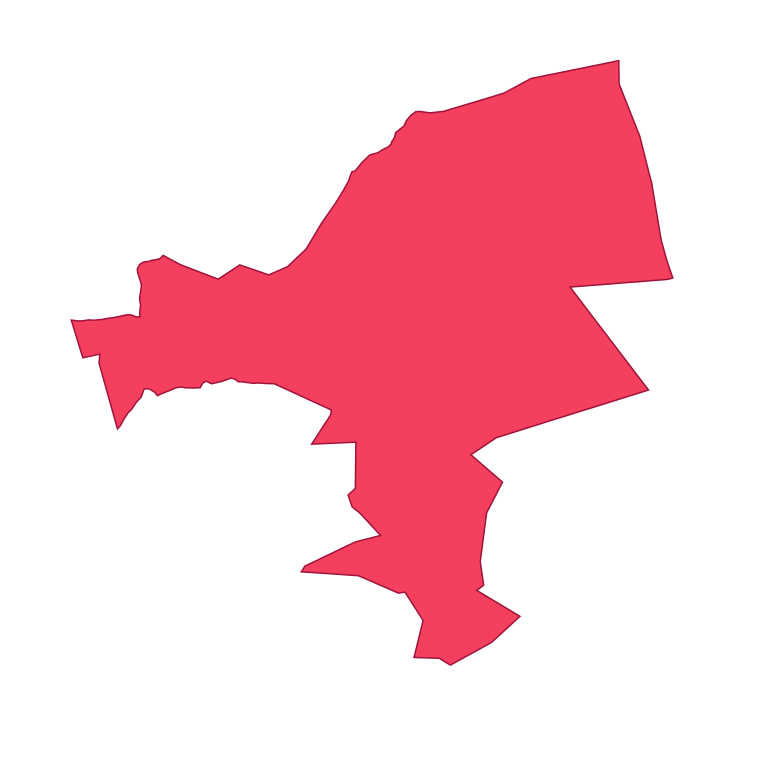 outline of São Raimundo Nonato, Piauí, Brazil, rotated 82°
{"feature_id": "56859067B13922640235877", "entity_name": "São Raimundo Nonato", "entity_type": "district", "adm_level": 2, "iso_a3": "BRA", "parent_name": "Brazil", "parent_adm1": "Piauí", "projection": "mercator", "projection_center": [-42.719, -9.025], "detail": "fine", "context": "isolated", "style": "filled", "palette": "rose", "viewbox_px": 768, "rotation_deg": 82, "n_neighbors": 0, "source": "geoboundaries", "source_scale": "gbopen_adm2", "svg_char_len": 2175}
<svg xmlns="http://www.w3.org/2000/svg" viewBox="0 0 768 768"><g transform="rotate(82 384 384)"><path d="M225.9,584.8L228.7,588.5L229.2,593.0L229.2,596.9L229.8,599.5L229.7,604.3L230.4,607.1L231.7,609.3L235.4,612.2L239.1,612.5L248.0,611.0L250.6,610.6L253.8,610.7L263.7,613.7L266.3,614.2L272.3,614.1L275.9,615.1L279.6,616.1L283.5,616.4L283.1,619.8L280.6,624.5L279.8,627.2L279.8,630.7L280.5,640.8L280.6,645.3L280.5,648.7L280.9,654.5L280.6,657.7L280.5,662.3L279.4,667.6L279.5,673.8L278.9,678.2L277.2,684.8L312.3,679.2L316.1,678.5L314.9,661.2L323.5,663.3L391.3,654.2L388.8,651.0L382.8,646.6L376.6,641.1L374.5,638.0L367.5,631.6L365.2,628.8L363.0,626.2L355.4,622.1L356.1,617.5L357.6,615.4L359.8,612.6L364.0,610.0L362.5,604.9L360.2,595.6L358.8,590.4L358.8,584.9L360.0,581.7L361.6,572.3L362.1,566.6L359.4,564.5L357.6,562.8L356.5,559.7L359.8,554.7L358.8,543.6L356.9,535.1L357.6,532.5L359.4,530.0L361.6,527.9L362.1,523.9L362.9,521.5L364.3,516.4L365.3,512.8L365.3,509.9L365.8,506.5L366.8,502.5L368.5,492.6L385.5,466.1L402.5,439.7L407.0,441.1L412.3,445.5L414.5,447.6L433.5,464.0L437.7,419.9L483.4,426.9L488.9,435.0L501.1,432.7L508.3,426.0L520.8,417.3L533.5,408.5L536.3,434.0L539.5,444.4L546.5,466.1L553.3,487.7L558.5,492.0L563.9,466.1L570.3,436.0L593.1,398.8L593.0,392.2L623.6,378.2L659.0,392.3L663.3,367.4L666.3,364.0L671.6,357.4L660.1,327.1L654.9,313.5L633.0,281.7L601.3,320.9L597.2,313.3L573.2,313.4L525.9,300.3L497.7,280.3L466.2,307.8L452.8,280.3L445.6,236.9L444.9,233.0L426.8,122.9L322.2,181.6L313.9,186.2L319.9,88.3L319.2,83.2L301.9,86.6L280.4,89.4L275.9,89.6L228.6,90.8L222.5,90.9L212.7,92.1L174.3,96.2L119.6,109.4L96.4,106.5L96.9,113.5L101.9,195.8L112.6,224.7L116.2,247.2L122.3,287.4L121.9,300.8L119.2,310.0L118.7,314.5L121.6,319.9L126.4,325.3L131.2,328.2L136.5,337.3L140.1,338.8L142.9,340.5L145.1,342.6L147.6,343.8L150.0,347.2L151.1,351.1L154.2,358.3L154.8,362.9L155.2,366.2L157.9,369.8L161.5,374.9L168.9,382.8L169.3,386.1L174.2,389.0L177.6,390.5L185.8,396.7L197.9,406.6L216.2,423.6L239.4,442.2L241.7,445.4L254.3,463.1L255.5,467.1L259.9,483.0L246.0,510.2L252.9,524.8L257.1,533.7L239.0,566.3L237.2,569.4L225.9,584.8Z" fill="#f43f5e" stroke="#9f1239" stroke-width="1.5"/></g></svg>